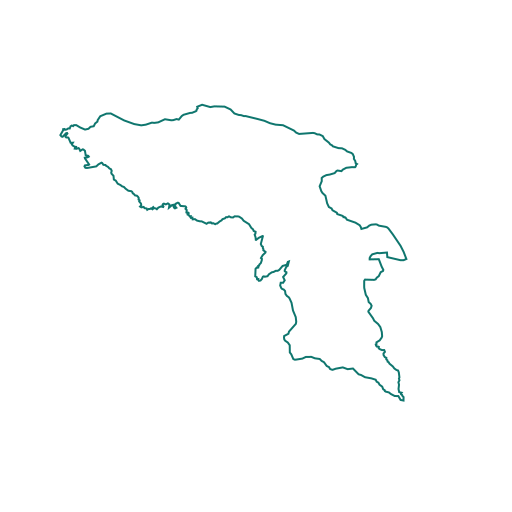 outline of Albania, Santander, Colombia, rotated 249°
{"feature_id": "7082276B24505631438522", "entity_name": "Albania", "entity_type": "district", "adm_level": 2, "iso_a3": "COL", "parent_name": "Colombia", "parent_adm1": "Santander", "projection": "albers", "projection_center": [-73.837, 5.791], "detail": "fine", "context": "isolated", "style": "outline", "palette": "teal", "viewbox_px": 512, "rotation_deg": 249, "n_neighbors": 0, "source": "geoboundaries", "source_scale": "gbopen_adm2", "svg_char_len": 6135}
<svg xmlns="http://www.w3.org/2000/svg" viewBox="0 0 512 512"><g transform="rotate(249 256 256)"><path d="M396.8,286.9L401.9,284.8L406.7,280.2L410.6,270.8L411.4,266.7L416.5,259.9L416.4,254.6L414.8,254.5L414.1,253.2L412.9,252.4L412.7,251.6L412.6,247.7L413.2,245.7L413.8,239.0L413.3,236.9L411.0,232.8L412.3,230.9L412.5,227.4L413.1,225.5L416.3,220.0L415.8,212.6L416.7,208.8L417.8,206.6L418.1,200.2L419.1,195.7L422.8,189.6L429.8,181.5L441.1,171.5L442.5,167.4L442.3,160.7L439.6,156.9L438.3,156.1L437.4,153.3L435.3,151.0L435.9,147.8L434.8,145.2L435.3,141.7L439.0,137.9L442.6,135.1L443.4,132.9L442.8,131.8L443.8,130.8L443.5,129.3L441.8,127.8L442.4,126.5L442.0,124.7L442.2,123.2L442.4,122.7L443.2,122.7L443.5,121.4L442.5,121.0L439.0,116.7L437.2,117.3L436.6,118.2L438.7,122.8L438.5,123.7L437.9,123.8L436.3,121.1L435.6,120.9L434.7,121.3L434.0,123.0L433.4,123.3L428.1,123.5L427.4,125.6L426.3,124.1L424.9,124.4L423.0,125.9L422.3,127.2L421.6,126.9L421.7,125.7L421.2,125.3L420.4,126.9L420.4,128.9L419.7,129.4L417.1,129.6L417.7,132.4L417.3,133.0L415.5,134.0L411.1,133.1L409.6,135.3L408.7,135.5L408.5,134.2L409.1,131.4L408.4,131.3L401.2,133.0L401.0,132.4L401.9,128.8L401.2,128.0L399.7,128.2L399.2,128.7L398.6,130.3L396.9,139.0L398.0,141.7L398.5,145.2L398.0,145.7L395.8,146.2L394.9,148.1L394.0,148.3L392.2,149.8L390.3,150.5L389.0,151.7L387.2,151.8L385.7,150.7L384.7,150.6L381.9,151.7L378.3,150.7L376.6,152.1L373.1,152.8L370.7,155.0L369.2,155.8L367.7,157.5L365.7,158.3L362.7,160.2L361.1,162.9L360.2,163.4L358.6,163.4L358.1,164.0L355.9,164.8L355.0,166.4L353.5,167.1L352.1,167.3L350.8,166.6L349.7,167.3L348.8,166.5L346.2,167.4L344.5,167.1L343.7,165.5L342.5,166.4L342.1,168.7L340.6,169.1L339.6,170.9L338.1,171.0L338.4,172.5L337.9,173.7L338.1,175.0L336.7,176.1L336.9,176.6L338.1,176.6L338.5,177.6L337.2,178.0L336.3,179.5L335.2,180.2L336.2,182.2L336.3,185.0L335.0,186.9L335.5,187.4L337.1,187.0L337.9,188.0L337.9,188.8L336.5,190.3L336.7,192.6L335.0,193.7L332.3,192.1L333.7,196.1L333.4,196.7L330.5,196.8L329.5,197.4L329.6,198.9L331.8,198.1L333.2,198.3L332.9,199.3L333.6,199.8L333.8,202.1L333.3,202.8L329.8,203.5L327.7,207.8L327.1,208.2L326.1,208.2L325.3,207.1L323.7,207.8L321.5,206.6L321.1,206.9L321.0,208.0L320.5,208.5L319.9,208.4L319.1,207.1L318.1,208.0L317.0,208.2L316.5,209.4L315.5,208.7L314.8,208.9L314.6,210.4L312.9,210.0L312.3,212.2L310.2,213.6L308.4,216.2L307.8,217.7L303.8,221.4L304.3,223.5L303.8,224.2L303.9,225.3L303.2,226.2L302.8,226.0L302.1,226.6L301.9,227.9L300.3,229.3L300.5,230.6L300.2,231.4L301.3,234.5L301.6,236.6L302.4,237.9L302.3,240.5L303.0,242.0L302.4,243.2L302.7,245.0L301.1,246.4L300.2,248.4L300.7,250.2L299.4,253.4L298.7,254.4L296.0,256.3L293.3,257.1L288.2,260.9L283.9,261.7L281.9,262.8L280.2,262.8L278.8,264.3L277.1,263.5L276.4,262.4L273.6,262.3L271.2,261.6L271.0,261.8L272.0,265.3L272.3,269.2L272.0,269.5L265.5,264.8L263.3,264.9L262.2,265.7L260.8,265.2L259.7,265.4L258.7,264.9L256.4,266.4L255.8,266.0L254.4,262.6L252.3,259.9L251.2,260.5L249.7,259.7L247.6,257.9L246.8,256.0L245.9,255.5L245.9,254.4L244.4,254.0L244.4,253.4L245.0,252.7L244.2,251.0L237.3,248.0L235.9,249.1L234.0,248.7L233.7,249.8L233.1,249.4L231.8,249.8L231.5,251.4L232.4,253.2L234.2,255.0L234.2,256.1L233.5,256.7L233.0,259.5L234.3,261.5L235.1,264.9L234.8,266.7L235.1,269.1L234.4,270.9L234.7,272.7L237.2,277.3L236.8,281.6L239.1,283.6L239.1,284.7L235.4,282.1L235.0,280.4L232.4,277.7L231.4,277.4L229.9,278.6L228.9,278.1L226.7,273.8L223.0,274.1L221.3,271.7L222.2,269.5L219.8,268.0L217.0,268.1L216.0,268.5L214.7,269.9L212.9,270.6L210.0,269.9L207.7,270.5L205.7,271.8L204.4,272.1L199.6,272.4L191.9,271.0L184.7,271.2L180.2,270.0L178.4,268.9L173.6,259.7L171.8,258.4L171.2,253.6L169.8,252.9L167.9,252.5L166.4,252.9L163.8,254.7L160.6,255.5L153.8,253.0L151.6,253.7L146.5,253.9L145.4,254.9L145.0,255.9L143.6,262.5L143.9,266.3L142.0,271.5L139.4,274.3L137.0,278.6L134.5,279.7L132.5,281.4L128.0,282.6L126.0,284.4L124.1,284.6L123.0,285.7L122.3,286.7L122.2,290.1L120.9,297.1L117.5,301.0L116.2,306.2L108.8,309.4L107.2,311.5L103.8,314.3L100.4,319.9L97.6,323.4L95.4,323.6L93.9,324.9L91.6,325.2L88.8,327.0L86.0,327.0L84.5,328.1L83.7,327.9L82.9,328.5L81.0,331.2L78.9,332.4L75.6,335.3L74.2,338.7L69.8,339.4L68.2,341.9L71.4,343.2L73.1,342.5L74.0,342.6L74.9,341.9L75.7,342.0L76.2,342.9L77.6,340.9L80.8,341.4L84.6,343.4L87.1,343.7L88.6,345.4L90.3,345.5L91.3,346.4L96.1,347.6L98.2,347.6L99.2,346.3L101.5,344.8L103.8,344.2L107.7,342.0L109.3,341.8L110.2,341.0L111.5,341.3L112.8,340.6L114.2,341.2L115.5,340.0L117.9,339.6L119.3,340.1L120.3,342.0L122.2,342.0L123.0,339.9L125.0,337.9L126.2,337.5L127.1,338.1L127.9,337.3L128.1,336.4L129.2,336.0L130.4,336.1L130.4,336.8L132.2,337.5L132.9,341.2L134.8,344.1L135.9,345.0L139.9,346.2L145.1,346.6L148.8,345.6L153.1,343.2L156.0,342.9L163.7,340.9L164.6,341.5L166.3,344.7L168.1,346.1L170.2,345.9L172.6,344.7L176.6,345.4L180.4,344.6L187.4,345.6L189.1,346.2L194.0,348.1L194.9,349.3L191.4,357.7L191.3,359.3L192.5,361.0L193.2,363.4L196.2,366.6L196.5,369.2L197.4,369.9L201.1,369.5L209.0,369.5L212.1,360.9L213.4,361.4L214.7,362.8L215.9,365.1L215.4,370.4L214.4,372.2L212.3,379.5L207.9,378.2L200.3,389.4L199.2,392.2L199.3,395.3L206.9,395.3L213.7,394.6L227.1,391.5L234.2,389.5L235.7,388.7L236.7,387.6L240.3,381.6L242.1,380.1L242.7,379.0L243.9,374.9L243.8,372.6L242.9,370.0L243.5,364.1L245.6,364.2L247.6,363.8L251.5,360.8L257.3,353.9L259.6,353.4L260.0,352.8L260.4,352.8L260.9,351.6L261.5,351.8L262.7,350.9L266.0,346.9L267.4,347.0L271.3,343.8L273.3,343.6L275.6,341.6L279.7,341.3L287.4,342.4L291.1,340.6L293.2,340.2L298.3,340.4L302.3,344.2L305.3,345.3L306.0,347.2L306.3,350.7L305.6,354.0L305.2,359.1L306.5,361.6L306.6,362.7L304.6,366.2L305.5,367.9L306.0,371.9L304.6,377.3L303.4,380.3L303.8,381.1L305.4,382.3L305.7,383.2L306.9,382.3L309.1,382.7L311.6,382.2L313.4,383.0L316.4,382.9L318.0,382.0L321.0,378.5L323.1,377.4L325.7,374.9L327.2,371.6L330.9,367.0L332.0,366.7L333.6,365.3L335.7,364.7L340.6,361.8L344.0,361.3L346.7,358.8L347.6,356.7L349.6,354.8L350.5,353.3L354.5,340.0L356.8,337.7L359.5,336.4L368.4,328.1L371.6,321.4L375.0,316.6L379.2,312.3L383.4,306.5L390.4,296.4L390.9,294.9L392.8,292.6L393.9,290.4L396.8,286.9Z" fill="none" stroke="#0f766e" stroke-width="2"/></g></svg>